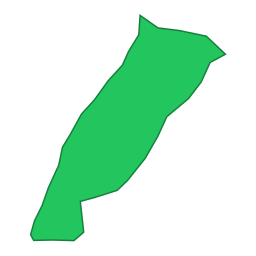 the district of Saranti, Nicosia, Cyprus
{"feature_id": "46923920B86385656004858", "entity_name": "Saranti", "entity_type": "district", "adm_level": 2, "iso_a3": "CYP", "parent_name": "Cyprus", "parent_adm1": "Nicosia", "projection": "equal_earth", "projection_center": [33.004, 34.977], "detail": "fine", "context": "isolated", "style": "filled", "palette": "green", "viewbox_px": 256, "rotation_deg": 0, "n_neighbors": 0, "source": "geoboundaries", "source_scale": "gbopen_adm2", "svg_char_len": 511}
<svg xmlns="http://www.w3.org/2000/svg" viewBox="0 0 256 256"><path d="M83.7,232.2L80.3,201.4L95.6,197.2L117.2,190.3L127.4,180.6L145.2,158.3L157.9,136.1L166.8,116.7L188.5,98.6L201.2,82.0L210.1,62.5L225.4,54.2L206.3,36.2L179.5,30.6L157.9,27.9L140.1,15.4L138.8,34.8L128.6,51.4L122.3,65.3L108.3,80.6L94.3,100.0L81.6,113.9L70.1,134.7L62.5,147.2L58.7,165.3L48.5,187.5L42.1,205.6L34.5,220.8L30.6,234.7L33.7,240.4L46.9,240.1L52.8,240.0L73.9,240.6L83.7,232.2Z" fill="#22c55e" stroke="#15803d" stroke-width="1.5"/></svg>